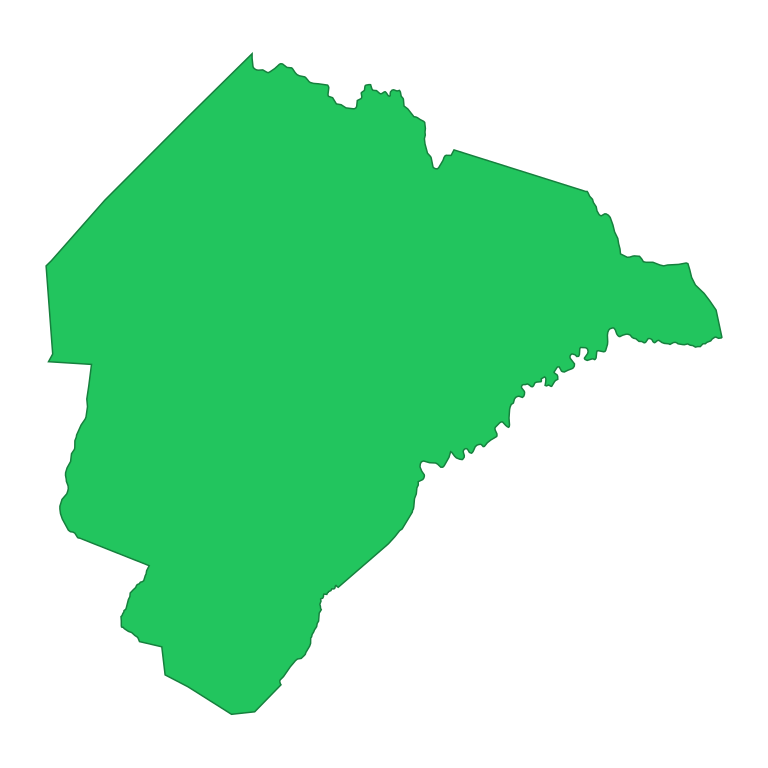 outline of Teupasenti, El Paraíso, Honduras
{"feature_id": "27666195B60931351506454", "entity_name": "Teupasenti", "entity_type": "district", "adm_level": 2, "iso_a3": "HND", "parent_name": "Honduras", "parent_adm1": "El Paraíso", "projection": "equal_earth", "projection_center": [-86.613, 14.281], "detail": "fine", "context": "isolated", "style": "filled", "palette": "green", "viewbox_px": 768, "rotation_deg": 0, "n_neighbors": 0, "source": "geoboundaries", "source_scale": "gbopen_adm2", "svg_char_len": 6026}
<svg xmlns="http://www.w3.org/2000/svg" viewBox="0 0 768 768"><path d="M721.9,337.3L716.1,310.1L709.6,300.6L704.2,293.5L695.4,285.0L691.6,277.4L689.8,269.9L687.9,263.6L686.2,263.0L678.6,264.4L667.6,265.0L663.7,265.9L659.9,265.0L653.0,262.3L646.0,262.3L643.4,261.7L641.7,258.9L639.5,256.3L634.4,255.9L632.9,256.1L629.8,257.1L627.3,257.3L620.5,253.9L620.0,249.0L618.6,243.6L617.8,238.5L614.6,231.9L612.9,224.9L610.2,217.4L608.4,215.2L606.1,213.9L604.6,213.9L601.3,215.8L600.3,215.5L599.1,214.6L597.0,210.9L596.2,206.8L593.4,202.5L592.5,199.3L589.7,196.3L588.0,192.7L587.1,191.4L585.8,191.5L454.0,149.9L451.1,155.4L446.2,155.3L445.1,155.8L444.0,157.5L443.0,160.4L438.6,167.8L437.2,168.9L435.1,168.6L433.6,167.7L433.0,166.9L431.2,157.9L430.6,156.6L427.5,153.2L425.0,143.9L424.4,138.7L425.3,135.1L425.0,132.1L425.4,128.5L424.7,122.4L423.6,121.3L420.1,119.5L417.5,117.7L415.9,117.0L413.9,116.7L407.8,108.9L404.0,106.0L403.4,99.2L403.0,98.3L401.2,96.2L400.4,92.0L399.5,90.4L397.0,91.0L393.7,89.8L392.1,90.1L390.5,91.9L390.2,93.3L390.2,95.7L389.3,96.2L388.2,95.6L386.3,92.8L385.3,91.8L384.3,91.9L381.9,93.5L380.7,93.8L379.7,93.4L376.5,90.6L373.0,90.3L371.9,88.9L370.6,84.7L369.0,84.6L366.1,85.1L365.4,85.5L365.0,86.2L364.4,90.4L361.9,92.2L361.2,93.0L361.8,96.7L361.5,98.1L360.9,98.7L357.3,100.5L356.7,106.2L356.1,107.7L354.8,108.6L353.5,108.8L346.0,107.9L341.1,104.7L336.4,103.9L332.6,97.7L328.5,96.3L328.1,95.4L328.0,94.2L328.8,87.7L328.4,86.3L327.6,85.1L318.5,83.8L313.5,83.4L310.3,82.5L309.0,81.6L305.9,77.8L304.8,76.9L299.4,75.8L297.0,74.6L295.2,72.7L292.6,68.8L291.7,67.9L286.9,67.4L282.6,64.0L280.9,63.7L279.5,64.2L274.8,68.5L270.3,71.6L268.5,72.6L267.1,72.4L262.8,69.9L258.3,70.2L256.6,69.9L255.3,69.3L253.8,68.1L253.0,66.7L252.1,58.3L252.1,53.7L187.7,117.1L104.8,200.2L51.3,260.8L46.1,265.9L52.7,354.0L48.5,361.7L91.5,364.4L88.8,385.7L86.8,399.0L87.5,406.7L86.0,417.0L85.2,419.0L81.1,425.0L76.6,435.0L76.3,437.1L74.9,440.7L74.8,447.2L74.5,449.2L71.5,453.7L70.6,461.5L67.1,467.8L65.6,472.7L65.5,475.3L66.2,479.0L66.4,481.4L68.1,485.9L68.3,488.6L67.8,490.9L66.8,493.8L62.0,499.4L59.9,506.2L59.9,509.0L60.5,513.7L62.3,519.0L68.4,530.2L70.4,531.7L73.0,532.1L74.8,533.1L77.4,537.2L78.1,537.9L79.6,538.1L149.2,565.7L146.6,570.7L146.1,574.0L145.3,575.5L143.7,580.7L142.3,581.7L140.4,582.2L139.2,583.8L137.2,584.6L136.3,585.9L135.7,587.5L133.4,589.6L130.2,593.0L129.9,596.6L128.4,599.5L126.1,608.5L125.6,609.4L124.0,610.6L123.9,611.8L122.6,614.0L122.1,615.5L121.0,616.6L121.3,620.9L121.3,625.6L121.5,626.9L122.1,627.3L123.2,627.3L124.2,628.6L128.4,631.4L131.6,632.5L134.9,635.5L137.2,637.0L138.0,638.0L139.5,641.6L161.8,646.8L165.1,674.9L187.8,686.7L231.5,714.3L254.7,711.8L281.0,684.8L280.4,683.8L279.8,681.9L279.8,680.7L280.3,679.8L283.5,676.6L290.2,666.9L295.5,660.6L297.5,659.0L301.2,658.4L304.5,655.3L305.4,654.1L305.8,652.6L309.6,646.2L310.6,643.4L310.7,638.0L311.6,636.9L312.1,634.5L313.6,632.1L314.7,629.4L315.5,628.6L315.9,627.6L316.6,626.8L317.2,623.4L318.6,621.1L319.2,613.1L321.3,609.7L320.6,608.4L320.4,606.2L319.8,604.3L321.0,601.2L320.6,599.1L321.1,598.6L322.5,598.3L322.9,597.9L323.5,596.4L323.5,595.1L323.9,594.1L326.8,594.4L327.5,592.8L328.4,592.3L328.6,591.6L330.9,590.6L331.9,588.8L333.9,588.9L334.7,588.3L335.0,587.7L335.2,586.3L335.8,585.5L336.2,585.5L336.9,586.4L338.2,587.3L388.4,543.8L394.8,536.8L399.7,530.6L402.1,529.0L412.2,512.3L412.7,510.0L413.4,509.0L413.8,506.7L414.5,498.6L416.3,493.9L416.9,487.8L418.3,485.0L418.2,481.7L422.7,479.6L423.7,478.3L424.2,476.9L424.4,475.8L424.2,474.7L421.7,471.1L420.0,466.9L420.3,464.0L421.1,462.3L421.7,461.7L423.6,461.0L429.5,462.7L435.6,463.0L437.6,464.1L440.8,467.2L442.6,467.2L443.4,466.7L444.3,465.6L449.0,457.3L450.6,451.7L451.7,452.3L454.7,456.3L456.4,457.9L459.7,459.2L462.2,459.6L463.0,459.0L464.2,457.2L464.3,455.5L463.5,452.9L463.2,451.3L463.7,450.0L464.7,449.0L466.0,448.6L466.9,448.8L467.8,449.7L469.4,452.4L471.4,453.2L472.3,452.6L473.3,451.1L475.2,446.8L476.9,445.2L478.8,444.5L480.7,444.3L481.5,444.7L483.2,446.6L484.4,446.4L487.4,442.7L490.8,440.0L496.7,436.5L497.0,435.3L496.9,433.8L495.2,430.1L494.9,428.4L495.4,427.2L499.8,422.7L501.4,421.9L502.6,422.0L505.7,425.4L507.3,426.7L508.5,427.3L509.2,426.7L509.5,424.9L509.0,418.0L509.6,409.4L510.1,407.1L511.2,404.5L513.4,403.0L514.4,399.2L515.7,397.4L517.1,396.6L518.9,396.2L522.4,397.4L523.7,396.3L524.4,394.5L524.6,392.4L524.3,391.3L521.6,387.8L521.5,386.4L522.3,385.0L523.4,384.6L525.3,384.6L527.4,383.9L529.3,385.0L531.2,386.6L532.6,386.7L533.6,385.7L534.7,383.3L535.2,382.7L536.7,382.1L541.0,381.7L541.4,381.0L541.3,378.8L544.6,376.9L545.5,377.7L545.9,379.4L545.7,381.9L545.1,385.4L546.5,385.9L548.6,385.0L551.1,386.4L551.7,386.3L554.6,381.5L555.7,380.4L557.8,379.3L557.7,376.4L557.2,375.0L554.4,372.9L554.0,372.2L557.1,367.4L557.7,366.9L559.2,366.9L561.5,371.1L562.6,371.7L564.3,372.0L568.2,370.1L572.0,368.7L573.3,367.8L574.3,366.1L574.5,363.9L570.3,358.4L569.9,357.1L570.1,355.9L571.0,354.5L572.1,353.9L575.1,354.8L576.8,356.5L578.6,356.3L579.4,354.6L579.8,348.6L580.5,347.5L585.5,347.7L586.9,348.4L587.7,349.6L588.1,351.6L587.6,353.6L584.4,358.1L584.5,358.7L585.1,359.5L587.2,360.4L592.1,358.9L593.6,359.0L594.4,359.6L595.1,359.4L596.1,357.9L596.7,352.0L597.1,351.0L598.3,350.7L603.8,351.8L605.0,351.4L605.7,350.4L607.5,344.3L607.7,341.7L607.4,335.2L607.8,332.3L608.7,330.1L610.1,328.7L613.1,327.8L614.1,328.3L615.3,329.9L616.7,333.9L617.9,335.6L619.1,336.5L619.9,336.6L622.7,335.2L626.1,334.2L627.8,334.2L630.1,335.0L632.1,337.4L633.8,338.3L635.8,338.7L639.0,341.4L641.8,341.5L644.1,342.8L644.9,342.7L645.7,342.2L648.2,338.6L649.1,338.5L650.4,338.7L651.9,339.6L653.0,341.7L654.3,342.7L655.3,342.4L657.2,340.7L658.8,340.3L661.9,342.5L664.4,343.4L668.6,343.8L670.0,344.4L673.3,342.6L675.2,342.3L676.7,342.8L678.0,343.8L682.7,344.6L684.5,344.7L687.6,343.9L690.2,345.2L692.9,345.6L695.4,347.1L697.6,346.6L700.3,346.6L702.9,343.8L705.4,343.7L706.8,342.4L710.7,340.9L712.3,338.9L714.9,337.2L715.9,337.1L718.5,338.3L721.4,337.9L721.9,337.3Z" fill="#22c55e" stroke="#15803d" stroke-width="1.5"/></svg>